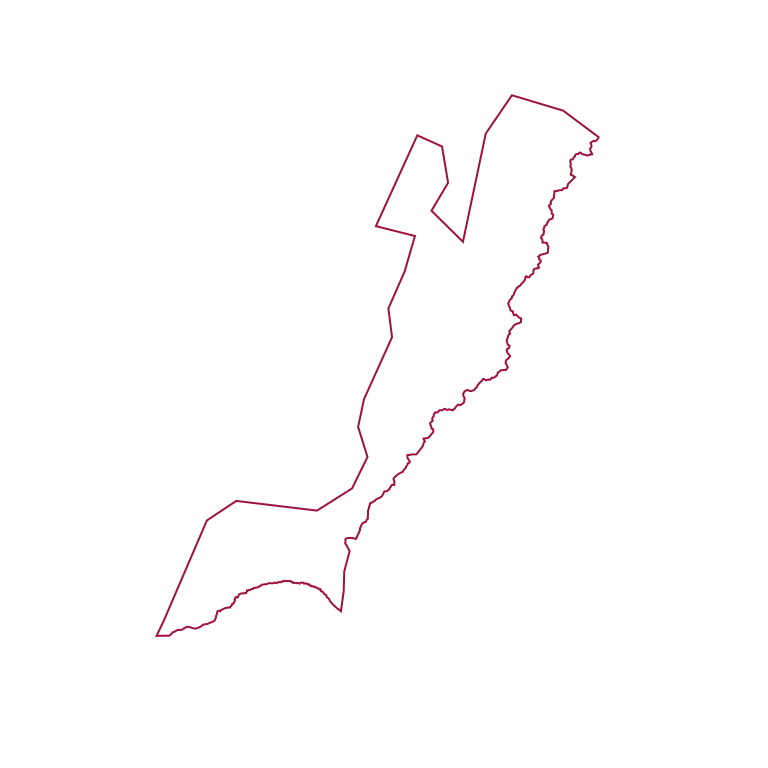 the district of Tup, Ysyk-Köl, Kyrgyzstan, rotated 114°
{"feature_id": "92254566B37451543675332", "entity_name": "Tup", "entity_type": "district", "adm_level": 2, "iso_a3": "KGZ", "parent_name": "Kyrgyzstan", "parent_adm1": "Ysyk-Köl", "projection": "orthographic", "projection_center": [78.601, 42.71], "detail": "fine", "context": "isolated", "style": "outline", "palette": "rose", "viewbox_px": 768, "rotation_deg": 114, "n_neighbors": 0, "source": "geoboundaries", "source_scale": "gbopen_adm2", "svg_char_len": 6110}
<svg xmlns="http://www.w3.org/2000/svg" viewBox="0 0 768 768"><g transform="rotate(114 384 384)"><path d="M706.6,489.3L701.2,477.7L699.0,476.6L696.9,476.1L695.5,474.6L692.6,472.5L691.1,469.1L690.3,468.4L689.1,467.9L688.4,466.8L686.9,466.2L685.3,463.9L684.8,459.3L684.3,457.2L683.6,455.9L680.1,452.6L678.8,452.1L677.5,451.3L676.2,449.7L675.0,447.6L672.9,446.0L672.2,445.0L670.6,443.6L668.9,442.6L666.2,442.5L665.0,442.6L664.3,443.1L662.8,443.0L659.3,443.7L658.5,443.0L658.2,441.9L658.2,441.1L657.0,441.0L653.3,438.0L652.4,436.5L651.6,435.7L651.2,434.4L650.8,433.7L649.5,433.7L647.6,433.0L647.0,433.3L646.4,432.9L645.8,432.2L645.3,432.1L644.9,432.3L642.7,432.1L642.1,432.3L641.5,432.9L640.5,432.7L639.5,433.0L638.6,432.2L638.7,431.0L636.9,430.7L636.3,431.0L634.8,430.6L633.5,429.3L631.1,425.0L629.9,425.0L628.9,424.7L628.4,425.2L628.1,425.1L627.7,424.0L627.0,423.7L626.8,422.6L624.9,421.3L624.6,420.4L623.7,420.4L623.1,419.8L622.9,418.9L621.9,418.0L621.7,417.2L621.0,416.5L620.4,416.5L619.8,415.5L619.0,415.4L618.0,414.3L616.9,413.8L616.2,412.4L615.2,411.3L615.0,410.3L614.2,409.4L612.9,408.3L612.1,407.1L612.1,406.3L611.6,404.9L610.1,403.4L609.6,401.1L608.5,400.4L607.5,399.1L607.3,398.0L606.4,397.4L606.2,396.4L605.0,396.1L603.7,393.3L603.0,391.2L602.5,390.7L602.1,389.3L602.5,388.7L602.1,387.7L602.7,387.0L602.3,386.5L602.5,385.7L602.2,385.3L602.2,384.7L601.6,384.0L601.4,382.7L600.8,381.7L600.8,380.1L600.4,379.6L599.1,379.1L598.8,377.8L598.3,376.7L598.9,376.1L598.8,375.6L598.0,374.6L598.1,373.7L597.7,373.1L597.7,372.4L598.0,371.9L597.5,371.2L597.5,370.7L598.0,370.6L598.2,370.2L597.9,369.8L597.9,369.0L598.3,368.6L598.4,368.1L597.8,367.6L597.8,365.2L597.4,365.0L597.5,362.1L597.8,361.0L597.4,360.2L597.3,358.6L598.2,358.5L598.9,357.0L598.6,356.2L599.4,354.2L599.9,353.8L600.3,352.6L600.4,350.9L601.9,349.8L602.5,347.2L604.6,344.5L606.2,341.0L607.4,337.5L608.2,334.8L608.5,332.9L609.2,330.9L589.8,336.5L571.3,344.1L550.7,347.4L546.8,352.3L545.5,354.5L541.3,356.1L539.4,354.6L537.5,350.2L537.0,346.7L536.8,346.5L526.8,346.5L526.1,347.2L521.8,347.2L519.7,346.7L518.5,346.0L517.6,344.7L516.7,344.5L515.1,344.6L513.8,344.0L513.0,344.1L511.9,344.9L510.2,345.3L506.2,347.1L504.7,347.1L502.2,347.7L500.7,347.6L498.7,348.3L497.2,346.7L495.8,346.0L494.7,344.9L493.8,344.8L492.3,344.1L490.0,341.9L487.9,340.5L485.0,339.9L482.0,340.0L480.7,337.6L478.5,336.8L478.0,336.2L476.7,336.5L474.7,335.9L473.5,336.0L472.4,335.0L472.0,333.6L469.0,334.7L467.0,336.6L466.4,336.8L463.4,335.8L460.5,334.3L457.9,332.4L457.1,331.3L454.3,331.0L452.0,330.0L450.5,330.2L448.3,329.7L446.9,330.0L445.5,328.8L444.8,328.7L444.1,329.1L442.6,331.7L441.4,332.8L439.5,333.7L436.5,328.9L435.8,327.4L435.5,326.2L434.5,325.6L425.8,323.5L424.2,323.3L423.3,323.6L420.9,323.7L419.9,323.2L418.0,325.7L417.7,325.7L416.4,323.3L414.7,321.4L407.8,319.5L405.8,320.3L405.4,320.6L405.3,322.5L403.7,323.5L401.6,325.9L400.7,325.9L397.8,324.5L396.7,325.6L396.1,325.8L394.7,326.0L393.3,325.5L391.6,326.1L389.2,325.8L388.2,323.5L385.3,322.5L384.3,320.1L382.6,319.1L381.9,318.3L381.8,317.6L382.2,316.7L382.2,316.3L381.8,315.4L381.0,314.7L380.7,313.9L380.0,310.4L378.5,310.0L377.7,309.6L377.3,309.1L376.0,309.2L373.1,308.1L372.4,307.2L372.3,305.7L370.0,304.1L368.1,303.5L364.6,304.4L363.6,305.1L362.9,306.4L361.0,307.6L358.2,307.5L356.2,306.2L355.4,305.1L355.6,303.3L355.1,301.6L352.7,299.0L351.1,299.0L349.5,297.9L348.2,298.2L344.5,297.3L340.4,295.6L339.2,295.6L339.0,295.4L338.9,294.0L339.1,292.5L337.4,290.3L336.9,288.7L334.3,288.0L334.0,286.7L331.9,285.0L331.4,285.1L330.5,284.3L327.2,284.6L326.0,283.7L324.6,283.2L323.7,282.7L323.6,281.8L322.5,280.4L321.6,278.3L318.4,277.7L317.4,279.0L316.2,280.0L315.8,281.1L313.9,282.0L312.6,282.1L310.1,280.8L307.3,280.1L306.5,281.2L306.0,282.8L305.1,284.1L303.2,285.6L301.6,285.6L300.9,285.0L300.5,284.4L298.2,284.7L297.9,285.0L297.7,286.8L297.4,287.3L295.9,288.3L294.9,289.4L293.4,289.9L292.2,289.7L290.3,290.1L288.1,290.1L286.7,289.3L285.1,290.9L284.3,290.9L280.3,289.6L278.1,289.3L276.6,288.6L274.9,287.2L273.7,285.6L271.9,284.1L268.6,285.3L268.4,285.4L268.3,286.0L268.4,287.7L266.9,291.6L268.2,293.0L268.2,293.4L266.0,295.5L265.2,295.9L265.4,297.2L265.2,298.5L263.7,299.5L260.2,303.1L259.6,303.3L258.3,303.1L256.8,303.3L255.6,303.1L253.7,302.2L251.9,302.7L250.4,301.8L248.0,302.0L245.6,302.0L243.6,301.7L242.5,301.9L241.6,301.0L240.5,301.0L238.6,299.6L237.3,299.4L233.3,297.9L231.0,297.7L228.4,298.3L227.7,297.8L228.0,295.9L227.7,295.1L227.2,294.7L224.5,294.2L223.4,293.1L222.1,292.7L220.2,293.4L218.9,293.5L218.6,293.8L217.8,293.5L216.6,292.2L215.7,290.5L214.6,289.7L213.6,291.1L212.2,291.9L211.0,291.2L208.0,290.6L207.2,291.4L206.8,293.2L205.4,293.5L205.0,294.0L204.9,294.8L202.5,293.7L197.7,287.8L195.3,288.4L191.4,289.9L190.2,291.7L189.1,292.3L188.9,292.9L190.3,296.8L188.8,297.4L187.5,298.3L187.0,299.0L186.8,299.9L186.0,300.1L184.0,300.2L183.1,299.4L181.9,299.2L179.1,300.0L177.8,301.4L176.4,301.1L174.7,301.6L172.3,300.2L170.3,300.4L167.2,300.0L166.2,299.5L164.3,297.4L160.7,298.1L160.3,298.6L160.3,299.7L160.1,300.0L157.0,301.6L156.9,302.5L156.5,303.1L154.5,305.6L154.0,305.9L151.4,304.7L150.2,305.7L148.9,305.9L144.9,304.5L144.2,304.5L143.3,305.3L141.5,305.6L138.7,306.7L138.0,305.9L138.0,306.8L137.9,305.3L135.2,301.8L134.7,300.6L134.3,300.1L132.2,299.7L130.8,296.8L130.1,296.6L126.4,297.2L117.3,293.7L117.2,295.1L116.7,296.2L117.0,298.1L116.2,298.9L115.1,298.8L112.3,299.5L110.7,300.6L109.6,302.2L106.3,303.1L105.1,304.4L103.2,304.7L102.0,303.0L100.3,302.9L98.4,302.1L97.6,302.5L96.8,302.4L95.4,301.4L94.9,300.0L93.0,299.5L92.7,298.2L93.3,297.1L93.1,295.9L93.2,295.0L92.6,292.6L92.7,291.5L92.1,290.4L90.4,289.0L90.1,288.1L89.4,287.3L87.6,289.3L87.1,290.2L85.6,291.3L85.2,291.4L83.4,291.0L82.2,291.2L81.1,291.9L79.9,293.4L78.7,292.8L76.7,291.4L76.4,290.3L75.2,289.0L72.2,288.2L71.2,288.3L61.4,331.5L68.2,384.6L113.8,392.9L222.0,369.7L206.4,411.1L174.1,407.3L143.4,427.6L143.3,454.7L243.1,455.6L236.2,415.9L273.0,410.9L313.2,410.7L338.0,395.7L406.0,396.1L433.7,390.2L457.4,369.4L492.4,370.7L526.9,393.7L550.9,471.4L580.7,490.3L689.3,488.9L706.6,489.3Z" fill="none" stroke="#9f1239" stroke-width="2"/></g></svg>